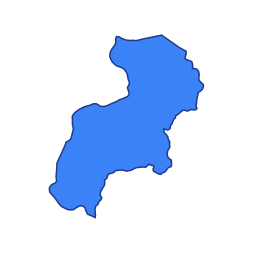 Igarapava, São Paulo, Brazil, rotated 293°
{"feature_id": "56859067B81849499213917", "entity_name": "Igarapava", "entity_type": "district", "adm_level": 2, "iso_a3": "BRA", "parent_name": "Brazil", "parent_adm1": "São Paulo", "projection": "robinson", "projection_center": [-47.694, -20.068], "detail": "fine", "context": "isolated", "style": "filled", "palette": "blue", "viewbox_px": 256, "rotation_deg": 293, "n_neighbors": 0, "source": "geoboundaries", "source_scale": "gbopen_adm2", "svg_char_len": 2567}
<svg xmlns="http://www.w3.org/2000/svg" viewBox="0 0 256 256"><g transform="rotate(293 128 128)"><path d="M90.6,76.4L88.6,76.8L76.7,76.6L72.0,76.4L70.0,76.4L67.3,76.4L65.4,77.4L55.1,80.8L51.1,83.1L48.9,82.4L46.2,80.0L44.6,79.4L42.5,79.0L40.3,79.8L38.2,81.3L35.3,87.5L32.7,91.9L31.4,93.7L29.9,97.1L29.6,98.9L29.4,103.4L29.6,105.7L30.9,108.7L32.0,110.2L34.2,111.3L37.7,114.2L38.5,117.3L37.7,119.6L35.1,121.9L32.9,124.5L32.9,128.5L32.8,132.8L34.9,132.2L36.9,131.1L39.7,129.6L41.3,129.1L43.7,128.9L46.0,130.2L48.9,130.0L51.4,131.2L53.8,131.0L54.8,129.1L56.5,128.2L58.8,127.6L61.0,128.1L63.0,128.1L65.8,128.7L68.9,127.9L70.3,126.7L72.2,127.6L74.2,128.2L76.0,127.9L78.1,128.1L79.4,129.9L81.4,132.2L83.6,133.0L84.9,134.9L86.0,136.9L86.9,138.7L87.4,141.0L87.8,143.7L89.1,145.5L90.4,147.4L92.2,149.0L93.8,150.2L95.0,151.6L96.2,153.7L97.3,155.8L98.1,157.3L98.7,159.5L101.1,160.7L103.0,161.5L102.6,163.9L103.5,165.5L102.1,167.2L100.5,166.9L98.3,168.2L97.6,174.5L98.3,176.6L100.1,177.0L101.5,178.8L103.4,179.7L106.2,180.2L108.1,181.2L109.1,182.7L111.0,182.6L113.4,181.4L115.3,180.5L115.8,178.3L116.9,175.9L118.9,174.4L121.7,173.6L123.9,173.4L125.3,174.0L127.5,173.7L129.2,172.5L131.2,172.0L132.4,170.7L133.8,169.1L135.4,168.1L137.0,165.7L137.8,163.4L139.1,162.3L141.3,161.2L141.3,163.2L141.8,165.4L143.5,166.9L147.1,166.2L149.1,166.9L151.3,166.6L153.9,166.9L156.1,167.7L157.6,167.0L160.0,168.6L162.0,169.7L164.4,170.7L166.5,172.5L166.6,175.5L168.1,177.6L169.6,178.8L170.2,181.0L171.2,183.2L173.0,183.9L174.6,181.9L176.7,181.7L179.1,180.8L181.9,180.0L185.0,179.5L188.2,178.8L190.2,180.2L192.5,181.3L195.4,181.3L197.4,180.4L198.3,177.9L199.5,175.1L201.3,173.7L203.0,173.3L205.4,172.5L207.8,170.7L209.0,168.6L208.8,166.1L207.9,164.1L210.7,163.3L212.5,162.0L214.0,160.7L214.0,158.2L213.8,155.8L214.3,153.3L216.0,152.8L219.3,152.5L221.4,151.4L221.7,148.0L222.2,143.4L226.6,122.7L215.4,106.4L213.6,104.1L212.3,102.4L211.4,100.9L210.9,98.9L209.6,96.1L208.6,93.5L208.2,91.3L208.0,88.5L208.1,86.5L208.5,84.1L207.7,81.7L205.0,81.8L202.5,83.2L199.5,83.5L193.8,82.2L190.8,82.1L188.3,82.7L186.4,83.5L184.8,85.1L182.6,87.7L181.8,90.0L180.9,92.4L180.9,94.5L181.1,99.0L180.6,101.7L177.7,106.0L175.1,107.7L173.0,109.1L170.2,111.7L168.1,111.9L164.8,111.7L161.0,115.1L158.6,116.0L156.5,114.9L152.2,110.9L150.8,109.1L148.0,107.2L145.5,104.7L139.4,99.0L137.7,95.8L137.2,93.8L137.7,91.6L137.9,89.4L136.9,86.8L134.3,84.4L130.5,79.5L126.4,76.0L121.7,73.2L119.5,72.5L117.2,72.1L108.9,75.8L106.1,78.0L97.1,79.5L94.9,79.5L91.9,77.5L90.6,76.4Z" fill="#3b82f6" stroke="#1e3a8a" stroke-width="1.5"/></g></svg>